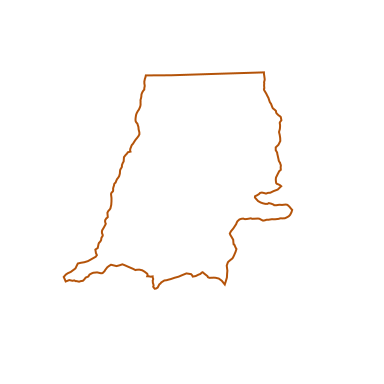 the district of Pemathang, Samdrup Jongkhar, Bhutan, rotated 209°
{"feature_id": "84629894B34482076468426", "entity_name": "Pemathang", "entity_type": "district", "adm_level": 2, "iso_a3": "BTN", "parent_name": "Bhutan", "parent_adm1": "Samdrup Jongkhar", "projection": "robinson", "projection_center": [91.762, 26.895], "detail": "fine", "context": "isolated", "style": "outline", "palette": "amber", "viewbox_px": 384, "rotation_deg": 209, "n_neighbors": 0, "source": "geoboundaries", "source_scale": "gbopen_adm2", "svg_char_len": 4703}
<svg xmlns="http://www.w3.org/2000/svg" viewBox="0 0 384 384"><g transform="rotate(209 192 192)"><path d="M118.5,127.0L119.2,130.5L120.0,134.1L121.7,137.6L122.9,140.3L125.9,144.4L126.2,146.0L126.4,147.0L126.5,148.3L126.0,149.7L125.4,151.3L124.6,153.1L124.4,153.9L124.4,155.3L124.5,157.0L124.9,160.9L125.5,163.7L126.6,164.3L127.7,165.1L128.8,166.0L129.5,166.5L130.2,166.4L131.1,167.6L132.9,170.3L134.0,170.9L135.3,171.7L137.6,173.0L138.8,174.0L138.9,176.4L138.5,178.5L138.2,180.1L137.8,185.3L138.0,186.6L138.1,188.3L137.6,189.8L137.2,191.0L135.8,192.5L134.3,193.6L133.4,193.7L132.4,194.0L130.5,195.3L129.4,196.2L127.8,197.5L126.4,197.7L123.3,199.6L121.4,200.8L120.0,201.3L117.7,201.3L116.0,201.4L114.7,202.4L113.3,203.9L111.8,204.7L109.0,206.9L106.3,208.3L103.2,210.5L102.1,211.7L99.9,212.9L98.1,214.0L97.1,215.3L96.0,217.0L95.5,218.0L95.1,219.7L95.2,222.5L95.7,224.9L97.5,225.5L99.7,226.4L102.3,227.0L103.9,226.5L105.9,225.1L107.0,224.3L109.4,223.2L112.0,221.2L113.7,220.3L114.6,220.5L117.0,220.2L119.5,219.5L120.2,218.2L122.0,217.2L124.5,216.5L126.9,216.1L129.8,216.1L133.0,217.2L134.3,217.7L134.8,218.8L133.5,220.7L132.4,222.7L132.0,224.2L130.6,225.4L128.2,226.1L126.5,226.5L125.1,228.1L123.2,229.3L121.1,232.3L118.2,235.7L116.8,240.3L118.3,240.6L119.1,240.6L120.5,240.5L121.7,240.3L122.5,240.5L123.1,241.1L124.1,242.5L124.8,243.6L125.5,245.2L125.6,246.1L125.6,247.0L125.7,248.5L125.8,251.6L125.8,252.6L125.5,253.3L125.1,254.4L125.5,255.2L125.9,255.7L126.5,256.7L126.8,257.5L127.1,258.2L127.6,258.8L128.6,259.6L129.1,260.2L129.9,260.6L130.8,261.1L131.4,261.6L132.3,262.7L133.2,263.7L134.0,264.6L134.7,265.4L135.8,266.6L136.7,267.8L137.9,268.5L139.0,269.1L140.4,271.6L139.3,275.2L139.5,279.4L141.0,281.9L143.0,284.5L144.5,286.1L145.0,286.7L145.7,289.7L146.6,291.7L147.4,293.2L148.8,295.0L148.9,296.0L148.6,298.1L150.7,300.6L152.3,301.0L153.4,301.0L156.2,301.8L156.9,302.3L157.9,303.6L159.4,304.0L161.9,304.4L163.0,305.2L165.7,307.5L167.3,308.2L168.8,309.5L170.7,311.3L172.7,312.6L174.7,314.0L176.6,315.1L178.2,316.0L179.0,316.9L179.1,317.9L180.2,319.5L180.8,320.5L181.3,321.7L182.2,323.0L182.8,325.3L183.4,326.3L184.6,327.9L185.1,328.6L186.2,330.0L187.1,331.5L189.1,330.3L195.8,326.3L226.9,307.8L266.8,284.0L288.9,271.6L288.3,269.6L288.1,268.2L287.6,266.7L287.3,265.6L286.2,263.7L285.2,262.5L284.7,261.7L284.1,259.8L283.4,258.4L283.7,257.1L283.8,255.8L283.7,254.0L283.4,252.6L282.6,250.9L282.1,249.4L281.6,247.4L280.9,246.3L280.3,245.1L279.4,243.6L278.9,242.3L278.6,240.7L278.4,238.1L278.6,236.8L278.6,234.5L278.4,232.8L278.0,231.5L277.2,229.4L276.6,228.1L275.8,226.8L274.6,225.9L272.9,225.3L272.0,224.4L270.4,222.9L269.2,221.1L268.7,220.5L267.0,218.7L266.0,217.0L265.9,215.2L266.2,212.9L266.7,210.3L266.9,207.6L267.0,205.5L267.4,204.0L267.3,202.7L267.1,201.6L266.9,199.8L266.2,198.2L265.4,197.5L267.4,195.6L267.5,194.0L268.0,192.2L268.3,190.2L268.4,189.5L267.2,186.9L266.6,185.6L266.6,183.5L266.3,181.5L265.5,180.0L265.5,177.8L265.6,177.0L265.2,175.6L264.0,173.1L263.4,170.5L263.5,168.7L263.8,166.9L263.7,165.3L263.4,163.2L263.8,162.2L263.9,161.2L263.4,160.0L263.1,158.3L262.7,156.8L261.9,155.5L261.5,154.4L261.6,153.7L262.0,152.7L262.0,151.5L261.6,150.6L259.5,147.7L257.8,144.6L256.4,141.6L255.4,138.1L255.5,136.7L255.9,135.3L256.0,134.2L255.9,132.8L255.3,131.9L254.7,131.0L253.5,129.2L253.7,128.3L254.2,127.4L254.2,126.5L254.3,125.3L253.8,124.2L252.8,123.0L252.0,122.4L251.9,121.4L251.9,117.3L252.0,114.9L251.6,113.7L250.8,112.4L249.4,111.3L248.9,110.5L248.9,109.4L249.0,108.3L248.8,107.5L248.2,105.9L248.2,104.2L248.7,102.3L248.5,101.1L247.3,97.3L248.6,94.8L246.4,92.0L244.6,90.7L244.8,88.7L249.5,81.1L252.1,78.4L254.9,76.2L257.2,74.1L257.0,70.2L256.9,68.7L257.3,67.7L259.3,63.3L261.2,60.8L262.3,58.7L263.0,55.5L260.6,53.7L259.1,52.5L256.6,55.5L253.5,56.4L252.1,57.6L250.6,57.6L249.8,58.1L247.3,58.8L246.1,60.1L244.4,61.4L243.8,63.4L243.5,65.6L241.7,67.8L241.6,70.1L240.2,72.3L239.2,73.5L236.0,75.7L232.2,76.8L230.9,77.7L230.1,80.4L230.1,81.7L229.6,85.1L228.7,87.1L227.6,89.1L222.1,90.6L219.9,92.7L217.8,95.0L215.7,95.3L211.4,95.7L206.5,96.2L203.6,96.3L202.5,97.3L200.3,98.6L197.6,99.4L194.7,99.3L191.5,98.8L190.5,97.8L190.3,96.6L188.7,97.4L187.1,97.9L185.5,99.1L185.0,98.2L184.0,97.4L183.6,96.7L183.4,95.4L182.8,94.6L182.2,93.6L181.1,92.6L180.2,91.5L180.0,90.3L178.7,89.7L177.7,89.3L176.6,90.2L175.7,91.8L175.8,95.4L175.2,96.7L175.1,97.9L173.3,101.2L171.5,102.5L169.8,104.2L168.4,105.5L165.6,108.6L162.7,111.4L160.7,114.0L157.4,118.1L153.0,119.7L151.5,119.2L150.3,118.4L148.0,120.3L146.3,122.8L145.0,124.3L144.3,126.4L143.8,127.0L141.4,126.5L137.7,125.9L136.7,125.2L135.1,125.4L131.3,127.7L129.8,128.4L126.6,129.3L122.9,128.8L118.5,127.0Z" fill="none" stroke="#b45309" stroke-width="2"/></g></svg>